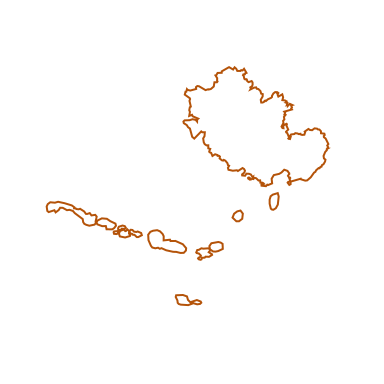 Ba, Western, Fiji (Robinson projection), rotated 254°
{"feature_id": "14151628B98370545668292", "entity_name": "Ba", "entity_type": "district", "adm_level": 2, "iso_a3": "FJI", "parent_name": "Fiji", "parent_adm1": "Western", "projection": "robinson", "projection_center": [177.639, -17.315], "detail": "fine", "context": "isolated", "style": "outline", "palette": "amber", "viewbox_px": 384, "rotation_deg": 254, "n_neighbors": 0, "source": "geoboundaries", "source_scale": "gbopen_adm2", "svg_char_len": 6103}
<svg xmlns="http://www.w3.org/2000/svg" viewBox="0 0 384 384"><g transform="rotate(254 192 192)"><path d="M287.6,211.9L282.8,215.7L281.9,215.8L280.3,214.7L274.4,214.4L274.1,213.3L271.4,211.9L269.6,212.1L265.9,210.3L266.2,213.3L264.6,213.5L260.8,218.2L260.2,216.9L258.3,216.3L260.3,215.4L261.8,212.6L261.7,209.5L262.9,204.6L262.1,203.2L260.4,203.1L257.8,205.4L255.3,206.1L253.6,207.5L245.0,207.4L242.7,208.9L247.7,217.6L246.6,218.3L245.9,220.8L242.2,219.4L240.4,217.5L236.5,217.0L234.5,217.4L232.8,218.8L232.4,220.5L229.5,219.7L228.4,221.4L226.2,219.7L225.4,219.8L224.3,221.2L221.0,221.6L221.9,224.6L220.5,226.7L219.7,226.6L219.2,228.1L218.3,228.6L216.7,227.8L214.2,229.5L213.6,230.6L214.1,231.4L212.9,232.7L210.0,234.0L207.9,234.0L207.0,234.9L205.3,233.2L203.3,233.2L201.2,237.1L200.5,241.2L199.5,241.9L201.1,247.2L199.7,248.4L197.9,248.8L196.3,247.7L195.1,245.0L194.1,244.8L193.0,247.5L194.6,249.4L193.8,251.8L192.6,253.4L189.7,254.3L189.4,253.9L189.7,254.7L188.7,254.1L188.6,255.7L187.5,257.5L184.7,259.1L184.4,260.7L182.2,260.3L181.6,262.2L180.8,263.0L180.0,263.4L180.0,260.8L178.9,260.6L177.2,264.7L178.3,266.4L177.7,267.1L178.2,271.4L182.8,272.2L185.7,275.3L185.4,280.8L186.1,283.4L188.0,286.8L186.0,289.6L182.8,290.7L182.5,291.3L182.6,290.4L181.1,288.7L179.1,289.4L178.4,291.0L178.3,289.3L174.8,289.6L174.8,300.2L174.2,300.2L171.7,304.0L171.4,305.9L173.4,310.2L177.0,314.7L177.4,316.2L178.6,317.2L180.1,320.3L179.7,321.1L180.8,322.5L180.6,323.4L182.1,324.5L182.4,326.0L184.6,328.3L186.3,329.2L187.9,328.1L190.4,328.4L193.8,331.1L195.0,333.1L196.1,333.4L196.4,334.5L196.6,334.0L197.7,335.2L199.4,334.8L200.5,336.3L206.6,335.2L208.3,333.9L209.5,334.1L210.2,335.3L211.6,335.3L212.9,332.2L214.9,332.7L216.9,331.7L217.5,330.2L218.4,329.7L219.4,327.3L218.3,324.5L219.1,322.5L220.5,321.3L219.0,317.0L218.2,317.2L216.1,315.8L216.5,313.6L217.5,312.1L218.1,312.2L218.3,310.4L219.1,309.7L220.1,307.5L219.5,306.4L220.0,303.1L219.2,302.0L218.2,302.3L215.9,300.8L216.7,299.4L216.4,298.6L218.0,301.0L218.9,300.2L222.4,299.8L223.3,299.0L224.0,299.0L225.5,301.7L229.8,301.1L231.0,301.9L231.5,301.7L231.3,299.8L230.3,297.8L228.1,297.5L228.5,296.6L230.2,296.1L233.1,298.9L235.3,299.2L236.3,300.8L238.9,301.1L240.3,303.1L241.0,302.2L242.4,303.4L243.8,302.8L243.8,310.8L245.0,310.4L245.7,311.4L247.8,311.1L247.9,312.5L249.8,310.3L248.4,307.9L249.1,308.1L249.2,307.4L249.6,308.0L250.1,307.5L251.0,308.1L251.9,307.0L252.0,307.9L252.8,307.3L253.2,307.8L254.4,306.6L255.4,304.2L257.9,305.7L261.0,305.7L259.9,301.3L261.9,301.1L263.4,302.3L264.3,301.6L264.0,300.8L264.9,300.4L265.1,299.4L264.3,297.4L262.4,295.4L261.3,295.1L260.7,294.0L260.2,290.5L259.1,288.2L259.7,287.7L259.6,286.9L258.9,286.4L258.5,284.6L258.9,283.2L261.7,283.5L264.3,286.2L266.6,287.0L267.5,285.6L270.2,285.6L272.7,284.2L273.4,282.7L274.9,282.5L275.2,280.4L274.5,276.5L275.1,277.1L276.5,276.9L277.2,279.0L278.6,279.9L280.7,280.4L282.2,279.9L282.0,276.7L283.3,275.7L285.1,275.7L285.6,275.1L285.5,274.2L286.4,273.5L289.4,273.7L290.2,273.2L290.9,273.8L290.6,275.3L291.4,275.8L291.5,277.2L296.1,276.0L294.9,274.1L295.6,272.9L295.0,272.0L295.9,268.9L298.3,268.5L300.1,267.3L298.4,265.3L301.8,262.0L299.8,253.9L298.4,253.4L299.4,249.4L297.6,247.6L297.6,246.7L294.5,247.6L292.1,246.8L291.2,247.0L290.6,246.2L291.3,243.8L287.4,242.0L285.8,238.5L285.9,236.2L286.3,235.9L286.2,233.1L291.7,227.9L292.4,226.3L291.7,224.7L289.9,224.4L290.0,218.3L291.3,216.0L292.3,215.5L290.0,214.2L290.2,213.4L287.6,211.9ZM163.0,150.4L164.9,148.0L165.5,143.9L165.2,141.0L163.0,138.1L157.7,136.9L151.6,137.7L149.6,138.5L148.0,141.2L147.8,144.0L146.3,145.4L146.4,147.2L143.1,151.1L139.7,157.4L138.8,160.3L136.6,164.1L135.8,167.3L137.4,170.0L139.6,170.9L144.3,168.8L149.5,162.6L150.8,157.8L152.2,157.7L153.3,151.4L157.3,152.6L159.7,152.2L163.0,150.4ZM221.2,52.9L220.1,50.0L218.1,48.3L213.7,47.7L212.2,48.7L212.4,54.7L210.0,55.3L211.4,58.9L213.2,60.9L212.4,63.4L209.0,66.8L208.6,69.4L206.6,72.3L204.0,73.5L196.1,79.5L193.1,79.1L191.1,79.7L189.6,81.3L187.9,84.0L187.5,89.3L188.5,90.9L190.2,91.2L194.6,93.6L196.7,92.7L197.2,88.9L199.9,87.9L199.8,85.1L200.2,84.0L203.0,83.0L206.7,79.8L206.6,78.3L207.5,76.1L208.3,75.7L208.8,74.2L209.7,74.7L212.2,72.8L216.3,66.5L219.5,60.6L219.5,57.3L221.2,52.9ZM95.6,147.4L91.8,148.1L89.4,147.7L88.0,148.4L86.8,150.2L84.3,157.2L84.7,162.7L82.6,166.0L82.2,168.9L83.0,170.4L84.3,170.2L86.8,166.9L86.5,160.0L89.4,158.4L93.0,158.4L95.5,154.9L97.1,148.3L95.6,147.4ZM191.5,98.1L190.6,93.3L189.0,91.8L187.0,92.1L183.9,96.3L183.0,99.8L179.7,99.6L178.1,105.1L178.8,107.3L180.5,109.6L182.7,109.7L186.5,105.4L189.7,102.8L191.5,98.1ZM167.3,274.1L167.2,268.9L166.2,266.4L163.2,264.5L159.3,263.4L154.3,263.2L153.1,264.0L152.5,265.3L153.3,268.1L156.2,271.0L163.8,274.1L167.3,274.1ZM134.5,182.6L134.8,181.1L132.7,179.4L132.0,179.7L131.0,181.6L128.5,183.0L127.4,182.4L127.0,180.1L126.4,179.5L125.4,180.0L124.5,181.5L124.6,182.5L126.0,183.5L125.4,186.1L126.1,187.2L125.0,190.5L126.0,194.0L126.7,194.0L129.5,191.5L131.0,193.6L132.1,193.4L133.4,192.0L134.4,187.3L135.3,185.5L134.5,182.6ZM135.5,205.6L136.7,203.5L137.4,196.5L135.2,193.8L131.9,193.5L129.0,195.9L128.2,198.2L128.0,200.9L128.8,205.9L133.7,207.1L135.5,205.6ZM160.8,233.5L160.9,230.1L159.5,226.5L156.2,223.9L151.6,226.6L150.9,229.1L152.4,232.9L157.2,234.9L160.8,233.5ZM174.0,119.5L172.8,118.0L172.8,117.1L174.7,116.0L174.3,112.0L172.0,110.3L169.2,110.4L166.7,115.2L166.8,120.2L167.4,120.7L169.4,120.0L171.7,120.8L174.0,119.5ZM166.6,131.8L169.0,128.9L168.9,127.5L169.9,125.3L171.9,124.3L172.6,122.7L171.8,121.2L169.1,121.1L168.3,122.9L167.1,123.5L166.7,124.9L163.9,126.5L163.5,127.9L164.3,131.9L166.6,131.8ZM177.7,118.0L178.9,116.0L178.8,112.2L177.6,111.0L176.1,110.7L174.9,113.0L176.1,114.3L175.2,116.8L175.4,117.7L175.9,118.5L177.7,118.0ZM174.8,110.2L175.6,106.2L175.0,105.6L173.3,105.5L172.4,107.7L172.5,109.4L174.8,110.2ZM174.0,289.4L175.1,288.7L175.2,287.3L174.6,286.5L172.0,287.5L172.3,288.9L174.0,289.4ZM188.9,251.9L190.3,250.7L190.2,249.9L189.5,249.7L187.9,251.0L187.8,251.8L188.9,251.9ZM188.1,255.0L188.3,254.1L187.9,253.7L187.5,254.6L188.1,255.0Z" fill="none" stroke="#b45309" stroke-width="2"/></g></svg>